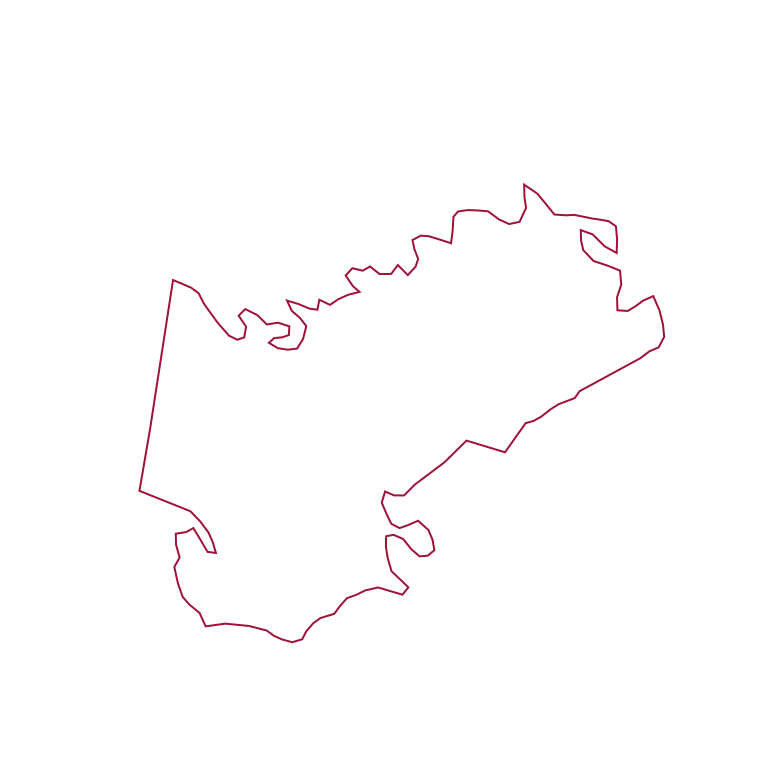 Floriano Peixoto, Rio Grande do Sul, Brazil (Equal Earth projection), rotated 331°
{"feature_id": "56859067B13230601625059", "entity_name": "Floriano Peixoto", "entity_type": "district", "adm_level": 2, "iso_a3": "BRA", "parent_name": "Brazil", "parent_adm1": "Rio Grande do Sul", "projection": "equal_earth", "projection_center": [-52.034, -27.853], "detail": "fine", "context": "isolated", "style": "outline", "palette": "rose", "viewbox_px": 768, "rotation_deg": 331, "n_neighbors": 0, "source": "geoboundaries", "source_scale": "gbopen_adm2", "svg_char_len": 2230}
<svg xmlns="http://www.w3.org/2000/svg" viewBox="0 0 768 768"><g transform="rotate(331 384 384)"><path d="M249.9,190.8L157.3,310.3L118.3,358.9L153.0,401.5L156.6,415.0L158.5,428.6L157.6,438.9L155.1,450.3L148.3,445.3L147.9,429.6L147.4,417.6L139.2,417.6L129.3,414.0L124.3,423.5L121.1,436.7L111.9,442.4L107.1,458.5L104.7,472.5L106.7,482.2L111.7,494.8L110.5,509.5L128.9,516.6L148.7,530.2L161.9,542.8L165.6,550.8L170.9,557.9L178.6,565.4L188.7,567.6L196.0,562.7L206.1,558.9L215.1,557.9L229.1,560.9L238.5,556.6L247.8,553.4L258.0,555.0L267.4,555.4L280.2,559.1L288.9,568.0L298.0,577.2L306.7,573.7L303.9,564.4L299.8,551.4L302.9,537.9L306.6,527.6L312.0,518.2L319.2,520.5L325.6,528.8L327.8,541.8L331.6,552.0L339.1,555.4L347.5,553.8L350.9,543.8L352.1,533.3L347.5,520.1L336.2,519.0L327.8,517.6L322.6,509.9L323.2,498.9L324.5,486.7L332.8,478.6L338.8,486.3L347.5,491.2L362.3,486.9L398.9,481.8L428.7,473.5L456.7,502.4L488.9,486.9L496.7,488.8L505.6,488.8L517.2,486.9L526.8,486.3L544.0,488.8L551.6,485.1L620.8,485.7L631.8,484.1L642.0,485.1L651.9,478.6L656.7,467.6L660.6,453.4L662.1,437.7L651.0,436.7L642.0,437.9L632.6,438.3L623.9,432.7L629.9,421.1L639.7,412.1L645.4,399.3L637.2,389.2L626.9,378.0L623.2,363.5L625.8,354.4L630.7,344.8L639.1,354.4L643.7,370.5L651.0,382.2L658.0,370.5L663.3,358.5L659.4,350.5L653.0,345.3L646.3,340.2L640.6,335.3L632.2,328.2L625.0,324.7L615.2,318.4L613.0,305.8L610.4,291.8L603.2,277.6L597.4,288.8L593.6,298.9L581.2,307.9L571.0,304.8L564.3,295.7L558.8,283.5L551.0,278.2L541.6,272.5L532.4,269.0L525.7,271.5L518.7,282.7L510.9,293.4L503.3,285.3L495.0,276.6L488.1,272.1L478.7,271.9L476.0,280.6L474.5,291.2L468.5,296.7L457.6,300.3L453.8,286.7L443.6,291.2L433.4,285.7L428.8,274.5L420.2,274.5L412.5,267.4L403.1,270.5L404.2,283.1L407.2,291.6L396.0,288.6L385.2,287.7L375.1,288.6L368.3,279.0L361.8,286.7L355.5,282.1L347.9,272.5L339.6,264.0L338.8,275.5L342.5,285.3L344.1,295.7L335.0,305.4L325.1,310.9L316.4,307.3L308.5,301.2L303.3,292.2L310.1,290.6L317.6,293.8L324.5,295.1L329.2,287.7L321.0,279.0L310.4,275.1L306.7,262.5L299.0,251.2L290.0,253.8L291.2,267.0L284.3,275.5L277.1,274.1L271.9,266.6L268.4,250.8L266.5,236.1L265.4,226.0L265.9,214.8L262.0,206.3L256.3,198.9L249.9,190.8Z" fill="none" stroke="#9f1239" stroke-width="2"/></g></svg>